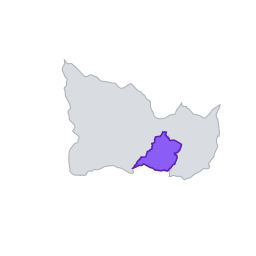 Ouham highlighted on a map of Central African Republic, rotated 212°
{"feature_id": "CAF-810", "entity_name": "Ouham", "entity_type": "Prefecture", "adm_level": 1, "iso_a3": "CAF", "parent_name": "Central African Republic", "parent_adm1": "", "projection": "robinson", "projection_center": [17.885, 7.097], "detail": "fine", "context": "in_parent", "style": "filled", "palette": "violet", "viewbox_px": 256, "rotation_deg": 212, "n_neighbors": 0, "source": "natural_earth", "source_scale": "10m", "svg_char_len": 7878}
<svg xmlns="http://www.w3.org/2000/svg" viewBox="0 0 256 256"><g transform="rotate(212 128 128)"><path d="M171.2,95.6L173.2,96.2L173.6,96.9L173.1,99.3L173.5,100.7L174.6,101.9L175.8,102.4L176.9,102.7L180.8,103.5L182.4,104.3L184.5,107.1L187.2,109.5L187.9,110.8L187.8,112.0L187.0,113.5L187.1,114.1L188.3,115.5L189.7,117.0L192.3,118.6L196.8,121.2L198.9,122.9L199.6,124.2L200.7,125.7L202.3,127.0L203.4,128.0L202.7,130.8L202.9,131.7L203.3,132.5L204.2,133.6L204.6,135.1L205.5,136.9L206.6,137.7L208.5,138.0L209.5,138.8L211.5,140.2L213.5,141.5L214.3,142.3L214.8,143.1L215.3,144.0L215.5,144.8L215.6,146.8L215.9,149.1L217.0,150.8L218.0,152.0L213.9,150.6L213.3,150.5L212.6,150.8L210.6,152.5L209.9,152.7L207.3,152.3L200.9,151.0L196.0,149.7L194.5,149.2L191.9,148.8L190.2,149.7L188.5,152.7L188.1,153.3L185.5,154.2L184.3,153.9L181.4,154.8L176.8,153.5L175.2,153.8L173.9,154.4L170.6,155.8L168.7,156.6L166.3,157.3L164.1,158.4L162.7,159.0L161.2,159.0L159.9,158.4L158.5,157.8L156.8,157.7L155.0,158.0L153.5,159.2L152.9,160.1L151.6,162.4L150.0,166.1L149.4,166.9L148.9,167.3L141.7,165.4L138.7,165.0L136.6,165.6L134.0,164.5L132.9,164.3L132.3,164.7L130.9,164.2L128.5,162.9L126.3,162.4L124.3,162.6L123.0,162.1L122.0,160.9L120.7,158.6L118.4,156.4L115.3,154.6L113.4,153.2L112.6,152.3L110.9,151.8L108.3,151.7L105.9,152.6L102.3,155.4L99.1,161.2L97.2,163.4L95.8,164.0L95.4,165.4L96.1,167.6L96.3,170.1L95.8,174.5L96.0,177.6L95.2,177.1L94.5,175.6L94.1,175.3L91.9,176.0L90.8,176.6L90.2,177.2L89.8,177.3L89.1,176.5L88.5,176.3L87.7,176.5L86.8,176.5L86.2,176.4L85.9,176.4L84.8,175.9L81.1,174.7L80.5,174.3L79.7,174.4L77.8,175.4L76.8,175.7L73.7,176.4L70.4,176.7L69.1,176.7L68.2,177.2L67.7,177.8L66.7,181.8L66.4,182.5L66.4,183.5L66.1,186.8L66.3,187.8L62.3,196.6L61.7,195.1L61.2,193.4L61.1,191.4L61.2,190.9L60.9,190.3L60.6,188.7L60.9,187.7L60.6,186.6L59.9,185.5L59.2,184.7L58.8,183.9L58.4,183.6L57.7,183.5L56.6,183.1L52.3,177.9L47.7,172.1L46.8,170.2L46.4,169.1L47.5,169.0L47.8,168.8L47.8,168.3L47.1,166.8L46.8,164.9L46.2,163.8L44.4,162.0L42.7,160.6L42.2,159.9L41.9,158.9L41.2,152.7L40.9,150.9L40.4,150.1L40.0,149.7L39.9,149.3L39.9,148.2L40.2,147.2L40.1,146.8L40.6,145.9L40.6,140.1L40.1,139.3L39.0,139.3L38.5,138.4L38.0,137.3L38.2,136.6L39.2,135.4L39.8,134.9L41.8,134.0L42.3,133.6L42.7,133.0L42.9,132.2L44.0,129.2L45.7,126.2L46.4,125.6L48.1,121.2L48.5,120.1L48.8,119.0L49.4,118.1L51.2,116.6L52.6,114.0L54.1,114.1L55.7,114.6L57.7,114.8L59.2,114.2L60.2,113.2L65.1,111.5L65.4,110.1L66.2,109.4L67.1,108.7L67.4,108.6L67.4,109.1L68.0,110.5L69.1,112.0L70.7,113.6L71.2,113.5L72.2,112.3L74.7,111.5L75.3,111.2L77.1,109.4L79.2,108.3L80.5,107.9L82.7,106.8L84.2,106.9L86.7,106.7L90.8,106.2L93.8,106.0L95.3,105.8L95.7,105.6L96.3,103.9L96.7,103.4L97.9,102.7L100.1,100.1L101.5,98.0L101.9,97.2L102.2,97.1L102.9,96.2L102.2,95.3L99.8,93.4L99.8,93.1L99.7,92.8L99.8,92.5L100.7,91.7L102.0,90.9L103.4,90.5L106.9,90.6L109.9,90.4L110.6,90.5L112.9,90.0L114.5,89.6L116.2,88.7L119.9,88.8L123.0,86.5L123.9,86.0L124.3,85.7L124.4,85.3L125.9,84.4L127.5,82.5L128.8,80.8L129.1,79.6L132.6,75.5L133.9,75.5L134.5,75.0L135.9,72.3L136.3,71.8L137.7,71.3L138.4,70.5L139.0,69.3L139.0,67.8L138.7,66.6L138.7,66.0L139.1,65.5L139.6,64.9L142.3,63.5L143.0,62.8L143.4,62.1L144.1,62.0L144.9,62.1L145.4,61.7L146.0,61.0L147.9,60.1L149.6,59.4L151.4,59.7L154.6,60.6L155.6,62.5L156.1,63.2L160.2,67.9L160.9,69.0L163.0,72.3L164.2,74.6L165.6,77.8L165.7,79.6L165.6,81.1L165.3,85.4L164.9,86.7L163.2,89.0L163.1,90.0L163.5,90.9L164.0,91.2L164.3,91.7L164.1,93.7L164.8,94.5L166.1,95.0L169.5,95.3L171.2,95.6Z" fill="#d9dde1" stroke="#a8b0b8" stroke-width="1"/><path d="M88.5,106.2L94.6,106.0L95.7,105.8L96.1,105.1L96.1,104.3L96.4,103.7L96.8,103.2L97.4,102.9L98.2,102.6L98.5,102.5L98.8,102.2L99.4,101.2L99.8,100.7L100.0,100.4L100.1,100.0L100.3,99.7L101.6,97.9L102.2,96.7L102.4,96.6L102.2,97.1L102.2,97.3L102.4,97.5L102.4,98.2L102.3,98.5L102.2,98.6L102.3,98.9L102.3,99.0L102.2,99.4L102.2,99.5L102.4,100.1L102.2,100.2L102.1,100.3L102.2,100.7L102.1,100.8L101.9,101.0L102.0,101.4L101.9,101.5L101.8,101.9L101.7,102.1L101.6,102.3L101.7,102.6L101.9,102.7L102.1,102.8L102.2,103.7L102.3,103.9L102.3,104.0L102.2,104.1L102.1,104.3L102.2,104.8L102.1,105.0L102.1,105.3L102.1,105.6L102.0,106.0L101.9,106.1L101.8,106.3L101.8,106.5L101.7,106.8L101.7,107.0L101.8,107.3L101.8,107.5L101.7,107.6L101.3,107.8L101.2,108.0L101.3,108.1L101.4,108.3L101.4,108.5L101.2,108.6L101.1,108.8L101.2,109.1L101.2,109.3L101.1,109.6L101.1,110.0L101.4,110.2L101.5,110.2L101.4,110.4L98.5,112.1L97.8,112.7L97.7,113.3L99.1,118.1L99.2,118.4L99.1,118.5L98.4,118.8L98.2,119.0L98.2,119.5L98.0,119.9L97.5,120.2L97.4,120.4L97.4,120.5L97.8,120.7L97.8,120.9L97.8,121.0L97.6,121.2L97.5,121.3L97.4,121.6L97.2,122.3L97.1,122.5L96.8,122.6L96.7,122.7L96.6,123.0L96.7,123.3L97.0,123.6L97.2,123.8L97.3,124.1L97.6,125.0L97.9,125.1L98.0,125.2L97.9,125.4L97.8,125.7L97.8,125.9L97.9,126.2L98.2,126.4L98.4,126.6L98.7,126.8L99.4,127.1L99.5,127.2L99.5,127.3L99.6,127.5L99.5,127.8L99.4,127.9L98.7,128.3L98.5,128.5L98.3,128.8L98.2,129.0L97.9,129.9L97.8,130.1L97.9,130.4L98.0,130.7L99.3,132.1L99.4,132.3L99.5,132.6L99.5,133.5L99.5,133.9L99.5,134.2L99.6,134.4L99.7,134.5L100.0,134.6L100.1,134.8L99.9,135.1L99.5,135.3L99.4,135.4L99.1,135.7L98.7,136.1L97.9,136.9L97.7,137.1L97.2,137.4L96.9,137.6L96.2,137.9L96.2,138.0L96.2,138.4L96.3,138.7L96.2,138.9L96.1,139.4L96.0,139.7L96.0,140.0L96.1,140.4L96.2,140.6L96.2,141.4L96.3,142.2L96.2,142.1L96.1,142.3L96.1,142.7L96.0,142.9L96.0,143.1L96.0,143.3L95.9,143.4L95.7,143.6L94.5,144.3L93.9,144.5L93.4,144.8L93.2,144.8L93.1,144.7L93.1,143.9L93.0,143.7L92.8,143.2L92.7,143.0L92.7,142.9L92.8,142.7L93.0,142.5L93.1,142.4L93.1,142.2L92.9,142.0L92.8,141.9L92.5,141.8L92.2,141.8L91.8,141.8L91.6,141.8L91.4,141.9L91.2,141.7L91.2,141.3L91.1,141.2L90.9,141.1L90.6,141.1L89.5,141.2L89.3,141.2L89.3,141.3L89.2,141.2L88.8,140.9L88.7,140.9L88.2,141.1L87.9,141.1L87.7,141.0L87.7,140.9L87.6,140.5L87.6,140.4L86.8,139.9L86.5,139.7L86.3,139.6L86.1,139.6L85.7,139.7L85.4,139.8L85.3,140.0L85.1,140.3L85.0,140.5L82.3,142.1L81.7,142.3L75.0,142.5L74.3,142.4L73.9,142.3L73.7,141.7L73.4,141.2L73.3,140.9L73.4,140.2L73.2,140.0L73.2,139.8L73.1,139.5L73.0,139.2L72.9,139.0L72.8,138.9L72.7,138.6L72.6,137.7L72.6,137.3L72.5,137.0L72.4,136.5L72.4,136.4L72.4,136.1L72.5,136.1L72.8,136.1L73.0,135.9L72.9,135.6L72.9,135.4L72.8,134.9L72.9,134.3L72.9,134.1L72.9,133.8L73.0,133.4L73.1,133.2L73.3,133.1L73.5,133.2L73.8,133.1L73.9,132.9L74.0,132.8L74.0,132.7L73.9,132.4L74.0,132.2L74.3,132.1L74.4,131.9L74.5,131.8L74.6,131.7L74.8,131.7L75.0,131.7L75.1,131.0L75.0,130.9L74.9,130.7L74.7,130.6L74.4,130.3L74.2,130.3L73.9,130.4L73.6,130.3L73.3,130.4L73.2,130.3L73.0,130.7L72.9,130.7L72.7,130.7L72.5,130.8L72.4,130.8L72.3,130.7L72.2,130.6L72.0,130.4L71.9,130.4L71.7,130.3L71.6,130.2L71.4,129.7L71.3,129.4L71.2,129.4L70.9,129.3L70.8,129.2L70.7,128.6L70.6,128.4L70.4,128.3L70.3,128.1L70.3,127.6L70.2,127.1L70.1,126.5L69.9,125.9L69.9,125.7L69.8,125.3L69.9,124.2L69.7,123.9L69.7,123.4L69.5,123.2L69.4,123.1L69.2,122.5L69.2,122.4L69.3,122.3L69.3,122.2L69.5,122.2L69.5,121.8L69.5,121.7L69.8,121.5L70.0,121.1L70.3,120.9L70.4,120.4L70.5,120.1L70.4,119.8L70.4,119.6L70.3,119.3L70.3,119.2L70.5,118.2L70.6,117.0L70.7,116.8L70.7,116.6L70.8,116.4L70.8,116.2L70.9,115.9L71.2,115.7L71.3,115.7L71.3,115.3L71.3,115.1L71.1,114.9L71.1,114.6L71.2,114.0L71.1,113.6L71.4,113.3L71.6,113.3L71.7,113.2L71.6,112.9L71.7,112.6L71.8,112.4L72.0,112.3L72.6,112.1L73.2,112.0L73.4,112.0L73.5,111.8L73.6,111.7L73.8,111.7L74.2,111.8L74.3,111.7L74.2,111.6L74.3,111.5L74.5,111.3L74.8,111.4L74.9,111.5L75.0,111.6L75.3,111.4L75.5,111.1L76.0,110.5L76.3,110.2L76.5,110.2L76.6,109.9L76.7,109.7L76.9,109.5L77.1,109.3L79.0,108.5L79.3,108.3L79.5,108.1L80.1,108.3L80.3,108.2L80.4,107.9L80.6,107.7L80.9,107.6L81.4,107.5L81.7,107.4L82.0,107.3L82.3,106.8L82.5,106.7L82.8,106.7L83.1,106.7L85.0,107.1L85.6,107.1L86.1,107.0L87.2,106.6L88.5,106.2Z" fill="#8b5cf6" stroke="#5b21b6" stroke-width="1.5"/></g></svg>